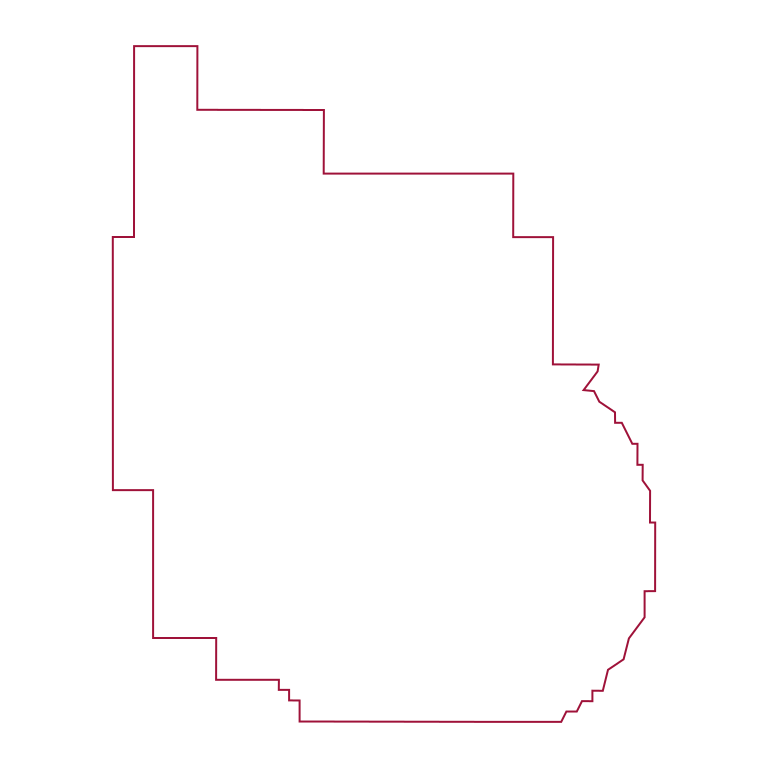 Dawson, Montana, United States of America
{"feature_id": "52423323B95485896454849", "entity_name": "Dawson", "entity_type": "district", "adm_level": 2, "iso_a3": "USA", "parent_name": "United States of America", "parent_adm1": "Montana", "projection": "mercator", "projection_center": [-104.678, 47.326], "detail": "fine", "context": "isolated", "style": "outline", "palette": "rose", "viewbox_px": 768, "rotation_deg": 0, "n_neighbors": 0, "source": "geoboundaries", "source_scale": "gbopen_adm2", "svg_char_len": 761}
<svg xmlns="http://www.w3.org/2000/svg" viewBox="0 0 768 768"><path d="M508.4,721.9L561.2,721.9L566.4,711.5L576.8,711.5L582.0,701.1L592.4,701.2L592.4,690.7L602.8,690.8L608.0,669.8L623.6,659.3L628.9,638.4L644.6,617.3L644.6,591.2L655.1,591.1L655.2,522.5L650.0,522.5L650.1,490.8L642.6,480.4L642.7,464.8L637.4,464.8L637.5,443.8L632.3,443.8L621.8,422.8L615.1,422.8L615.0,412.3L599.3,401.7L594.0,391.1L583.6,390.1L597.6,371.4L598.7,364.6L552.9,364.4L553.1,237.1L513.2,237.1L513.3,173.6L323.7,173.6L323.9,110.0L197.3,109.8L197.4,46.1L134.1,46.1L134.0,237.0L112.8,237.0L112.9,490.1L153.1,490.1L153.1,638.0L216.2,638.0L216.1,679.8L278.9,679.8L278.8,689.9L289.1,689.9L289.1,700.4L299.6,700.5L299.6,721.5L508.4,721.9Z" fill="none" stroke="#9f1239" stroke-width="2"/></svg>